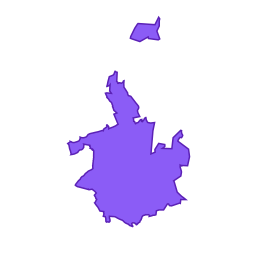 San Cristóbal de las Casas, Chiapas, Mexico, rotated 248°
{"feature_id": "50627088B72406563366189", "entity_name": "San Cristóbal de las Casas", "entity_type": "district", "adm_level": 2, "iso_a3": "MEX", "parent_name": "Mexico", "parent_adm1": "Chiapas", "projection": "robinson", "projection_center": [-92.57, 16.664], "detail": "fine", "context": "isolated", "style": "filled", "palette": "violet", "viewbox_px": 256, "rotation_deg": 248, "n_neighbors": 0, "source": "geoboundaries", "source_scale": "gbopen_adm2", "svg_char_len": 5617}
<svg xmlns="http://www.w3.org/2000/svg" viewBox="0 0 256 256"><g transform="rotate(248 128 128)"><path d="M137.1,69.5L136.8,69.5L136.2,66.3L134.5,66.9L130.6,66.1L128.0,66.0L125.0,65.5L124.7,65.1L124.4,66.3L124.3,67.0L124.0,68.7L124.2,72.3L124.8,72.9L125.7,74.8L125.4,76.2L125.2,76.7L125.5,78.0L126.3,79.2L126.5,79.6L127.3,79.9L129.0,80.9L129.6,80.9L126.2,86.2L125.8,86.1L125.8,85.8L125.3,85.6L125.0,85.9L124.7,85.9L124.1,85.9L123.6,85.6L123.5,85.3L123.1,85.6L122.8,86.0L122.7,86.0L122.2,86.4L121.8,86.5L121.9,86.8L121.9,87.1L121.3,87.4L120.7,87.5L120.5,87.1L120.4,87.2L120.4,87.5L119.7,87.7L114.6,85.5L113.6,85.2L112.5,84.5L111.5,84.1L110.8,83.5L110.3,83.4L108.4,82.3L106.4,81.3L106.4,81.2L103.5,80.2L103.1,78.8L103.0,77.7L102.9,75.1L102.3,73.4L101.7,71.3L101.1,70.4L100.4,69.2L100.2,68.4L100.2,67.3L99.8,66.3L99.2,65.2L98.3,64.4L98.2,63.9L98.0,63.2L97.4,61.8L97.3,61.7L95.3,58.3L94.7,57.7L94.4,57.8L92.6,59.1L91.7,60.4L86.3,67.6L86.2,67.7L86.2,68.3L85.4,68.6L84.7,71.8L81.7,73.5L79.6,74.2L78.3,71.6L77.3,71.7L76.2,72.0L74.7,71.8L74.4,71.9L73.8,72.3L73.6,72.3L73.4,72.2L72.9,71.4L71.8,70.2L71.2,69.4L71.1,69.0L70.6,69.2L69.7,69.3L67.1,70.0L65.9,70.4L61.5,70.9L59.9,73.7L59.6,74.2L59.3,74.0L58.4,73.6L57.5,73.6L55.4,72.0L55.1,72.3L54.6,73.4L54.4,73.7L53.6,73.6L52.7,73.6L49.6,72.5L48.8,72.8L48.7,73.7L48.4,74.4L48.1,74.7L47.8,75.2L47.9,75.7L48.3,76.1L48.5,76.6L49.1,76.6L50.0,77.0L51.6,77.1L52.2,77.4L53.1,77.7L52.2,79.5L52.1,79.9L51.7,80.4L51.6,80.8L51.1,81.8L50.4,83.0L49.0,84.0L48.9,84.2L48.3,84.6L47.4,85.4L47.0,85.7L45.3,87.4L44.7,88.1L43.6,88.8L42.0,89.4L41.7,89.6L40.6,90.3L40.3,90.7L39.3,91.5L39.1,92.0L38.3,92.4L37.8,92.7L37.0,93.0L36.7,93.4L36.3,93.8L36.1,94.3L35.7,94.5L35.2,95.0L34.9,95.3L34.9,95.5L35.0,95.6L35.5,95.7L36.1,95.5L37.0,95.5L37.9,95.6L38.2,96.1L38.3,96.9L38.2,97.2L38.0,97.5L37.6,98.3L37.4,98.6L36.5,98.9L35.9,99.5L35.3,99.4L35.2,99.5L35.1,99.8L35.2,100.3L35.5,100.4L35.7,100.8L35.8,101.1L35.7,101.5L36.0,101.8L36.2,102.1L36.2,102.9L36.3,103.6L36.6,104.0L37.1,104.2L37.5,104.7L37.7,105.1L38.0,105.8L38.9,106.4L39.2,106.9L40.1,107.4L40.2,107.6L40.4,107.8L40.6,108.3L40.9,108.5L41.1,109.2L41.1,110.1L41.0,110.5L40.9,111.2L41.0,111.3L41.1,111.8L40.9,112.2L40.5,112.8L40.5,113.0L40.3,113.3L40.2,114.0L40.0,114.4L39.8,114.7L39.4,114.9L39.1,115.0L38.9,115.0L38.1,114.5L37.7,117.3L37.7,117.8L37.8,118.2L37.7,118.5L37.2,120.0L37.1,120.8L37.1,121.4L40.6,123.3L40.4,126.1L38.7,130.3L42.8,136.1L42.6,136.8L42.3,137.2L41.5,137.2L40.5,137.4L39.5,139.2L39.0,148.0L38.6,148.3L41.9,150.1L40.0,154.8L41.1,154.2L42.7,153.3L44.4,152.2L48.5,150.3L50.2,149.6L61.1,150.7L61.9,150.5L63.7,159.0L66.8,160.9L67.9,161.3L72.3,161.7L73.3,162.2L74.1,162.5L72.8,163.5L73.2,163.7L70.7,169.1L78.3,174.3L85.7,176.2L97.1,169.3L97.5,169.5L97.8,169.7L98.0,170.2L98.1,170.3L98.6,170.5L98.8,171.1L99.2,171.7L99.5,171.9L99.8,172.5L99.0,174.0L99.6,174.9L100.3,175.7L100.5,175.9L101.0,176.0L102.5,175.8L103.1,175.8L104.1,176.1L104.7,176.2L105.0,176.3L105.4,176.7L105.5,176.7L106.1,176.0L102.1,166.2L92.4,160.9L96.2,152.3L96.5,153.8L97.3,155.4L98.9,155.9L102.2,150.7L98.0,144.9L95.4,144.0L95.4,139.6L116.0,150.0L123.1,154.7L124.1,150.8L125.7,148.4L126.2,148.2L128.9,148.0L131.0,148.5L131.1,148.2L131.0,147.8L130.7,146.9L130.4,146.5L129.8,146.1L129.3,145.2L129.1,144.5L128.6,144.1L128.5,143.8L128.6,143.5L128.9,143.2L129.2,143.1L129.5,143.1L130.1,143.8L130.3,143.9L130.5,143.8L130.7,143.6L130.8,143.7L130.9,143.3L131.0,142.9L131.0,142.7L130.8,142.2L130.5,141.9L130.2,141.0L129.8,140.5L129.7,140.1L129.3,139.5L129.3,138.7L129.5,138.1L129.5,137.7L129.1,136.8L129.2,136.5L131.4,136.5L132.0,136.1L132.1,135.8L134.3,136.5L135.4,136.6L134.2,143.2L138.4,142.9L140.4,143.2L141.0,143.6L141.7,144.5L142.6,145.5L144.2,145.9L146.7,145.2L148.2,144.7L156.2,142.5L156.4,142.4L157.9,140.5L159.7,140.4L160.6,140.8L164.6,140.1L166.1,139.8L167.2,139.5L170.7,140.7L173.3,142.0L173.3,141.4L172.3,140.4L172.1,139.7L172.0,138.5L173.0,137.4L173.2,136.8L172.9,136.1L173.2,135.4L173.5,135.6L173.9,135.7L174.5,135.5L175.1,135.0L175.3,134.9L175.4,135.0L183.7,138.8L184.0,138.2L184.7,137.8L185.1,137.7L185.4,137.2L185.1,136.9L184.8,136.8L184.7,136.7L184.6,136.4L184.1,136.0L183.8,135.6L183.2,135.2L183.0,134.9L182.8,134.3L182.6,133.8L182.6,129.9L178.5,126.8L175.3,124.7L174.8,124.2L174.7,124.0L174.4,124.0L174.4,126.2L174.3,126.6L174.4,127.0L174.7,127.5L169.1,124.8L168.6,125.2L167.8,125.1L167.5,125.3L167.2,125.4L167.0,125.5L166.3,125.6L168.5,121.5L168.6,120.9L168.7,120.1L165.0,120.2L164.7,120.1L164.3,120.2L164.1,119.9L162.4,120.7L161.0,121.0L160.6,121.0L159.5,121.3L158.4,122.0L157.2,122.3L155.6,122.1L155.2,122.2L154.1,122.1L153.5,121.6L152.4,121.8L152.2,121.9L151.9,121.7L151.7,121.6L150.8,121.6L150.3,121.7L150.0,121.5L149.4,121.6L148.0,122.4L146.1,123.3L146.1,120.1L135.2,120.2L135.0,119.5L135.1,119.1L134.9,118.4L134.6,117.2L134.6,116.0L134.5,114.6L134.6,110.8L134.5,109.9L134.9,110.1L136.7,110.6L138.7,109.8L138.8,109.5L138.7,109.3L138.6,109.2L138.3,109.2L137.5,109.1L137.0,108.8L136.8,108.2L136.8,107.9L136.5,106.9L136.3,105.5L135.5,104.7L135.0,104.3L134.7,103.9L135.3,103.6L135.7,98.8L136.3,95.4L136.4,94.5L137.0,90.8L136.9,88.6L135.6,86.5L135.4,85.9L135.4,84.6L135.7,82.9L136.1,82.0L136.8,80.8L137.5,80.2L136.8,79.9L135.9,79.7L135.9,79.4L135.0,78.5L134.5,77.9L134.4,77.4L134.4,75.4L134.5,74.5L134.6,73.2L134.8,72.3L135.2,71.5L135.8,70.6L136.3,70.4L137.1,69.5ZM203.7,171.4L204.9,180.8L203.3,180.5L198.4,189.1L198.7,190.8L207.1,191.1L210.9,195.2L215.8,197.2L217.3,198.3L219.2,197.9L218.2,196.8L213.7,191.7L221.1,176.4L220.6,175.4L218.0,171.7L211.8,164.8L210.3,163.8L209.0,165.2L203.7,171.4Z" fill="#8b5cf6" stroke="#5b21b6" stroke-width="1.5"/></g></svg>